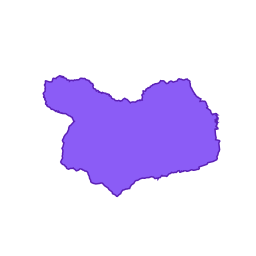 outline of Moroeni, Dâmbovita, Romania, rotated 292°
{"feature_id": "2599482B64065546523837", "entity_name": "Moroeni", "entity_type": "district", "adm_level": 2, "iso_a3": "ROU", "parent_name": "Romania", "parent_adm1": "Dâmbovita", "projection": "albers", "projection_center": [25.447, 45.318], "detail": "fine", "context": "isolated", "style": "filled", "palette": "violet", "viewbox_px": 256, "rotation_deg": 292, "n_neighbors": 0, "source": "geoboundaries", "source_scale": "gbopen_adm2", "svg_char_len": 5833}
<svg xmlns="http://www.w3.org/2000/svg" viewBox="0 0 256 256"><g transform="rotate(292 128 128)"><path d="M173.0,202.0L172.3,201.8L172.0,201.3L172.7,200.4L173.1,199.4L175.0,198.0L175.5,196.7L175.5,195.9L176.0,194.6L175.9,193.9L176.3,193.8L176.4,193.6L176.7,194.0L177.7,193.9L178.8,192.3L179.9,191.7L181.3,190.0L181.6,189.2L181.0,187.7L181.0,187.2L179.7,184.8L182.3,184.7L182.3,182.9L182.8,181.6L182.5,181.1L182.6,180.6L183.1,180.0L183.2,179.1L184.3,177.8L184.2,177.1L184.8,176.9L186.2,174.8L186.5,174.6L186.5,174.3L188.8,171.9L188.8,171.5L189.8,170.4L191.4,169.5L192.2,169.3L193.1,168.3L194.5,167.9L194.9,166.8L194.9,165.9L195.6,164.4L195.2,164.2L194.7,163.0L193.9,162.5L193.4,161.8L193.1,160.4L193.2,159.0L192.8,158.3L192.8,156.9L191.6,156.1L189.9,155.9L188.4,153.8L187.4,152.7L187.7,151.3L187.7,150.4L187.4,149.9L185.9,148.7L184.7,148.5L183.7,147.3L183.6,146.7L184.1,146.1L184.4,145.0L185.0,143.8L185.0,143.1L184.1,141.0L184.1,140.5L183.1,140.4L181.2,139.7L179.9,138.1L179.2,136.6L178.3,136.0L177.5,134.8L176.5,134.5L174.9,133.1L174.0,133.3L173.3,132.4L173.0,131.7L172.6,131.9L172.1,131.2L171.4,130.8L171.0,130.3L170.1,130.2L169.4,130.5L168.7,130.3L168.3,129.5L168.2,128.4L168.0,128.1L165.9,129.2L165.6,129.6L165.3,129.1L164.7,128.8L163.7,128.5L162.8,129.4L161.6,130.0L160.2,130.1L159.3,130.7L159.1,130.1L158.5,129.6L158.5,128.6L157.9,128.7L157.3,126.9L154.7,125.1L154.0,122.7L152.7,120.9L152.2,120.7L154.1,116.6L154.0,115.6L154.3,113.8L152.6,112.6L150.9,112.1L150.7,111.3L149.9,110.8L150.2,109.7L150.1,108.9L149.7,108.6L149.3,108.0L148.7,105.9L149.6,104.3L149.3,103.2L149.6,101.5L150.9,100.5L151.2,99.5L150.8,99.0L150.9,98.3L152.0,98.1L152.0,97.2L151.7,96.6L151.9,96.2L151.4,95.4L151.6,94.6L151.9,94.4L151.4,92.7L151.4,91.7L150.6,90.8L151.1,90.6L150.6,90.2L150.6,88.4L150.9,88.1L150.7,87.8L150.3,87.7L150.3,87.3L150.7,87.3L151.3,86.7L151.5,86.0L151.0,85.2L150.5,84.8L151.7,83.6L151.9,83.0L151.7,81.9L151.9,81.0L153.3,80.1L153.3,79.9L154.1,79.7L154.5,79.9L155.8,78.6L155.6,78.4L155.7,78.2L155.8,77.5L155.6,77.2L155.8,76.9L155.8,76.6L156.3,76.3L156.1,76.0L156.5,75.2L157.0,74.9L157.0,74.1L157.4,74.0L157.2,72.7L157.3,72.4L157.0,70.9L157.6,70.0L157.7,69.2L156.9,67.6L156.9,66.8L156.2,65.2L154.4,64.4L153.7,63.3L153.7,62.7L152.6,61.2L152.5,60.3L151.3,59.5L151.3,58.3L150.5,56.7L149.7,56.3L150.5,56.0L149.8,55.9L150.3,55.4L150.2,54.7L149.6,53.7L150.8,52.1L150.5,48.2L151.0,48.9L151.4,48.9L151.2,48.3L151.1,46.9L150.9,46.4L151.0,45.9L150.9,45.1L147.9,42.9L146.8,42.7L146.8,42.2L146.3,41.1L146.2,40.3L145.8,39.9L142.6,40.2L142.3,40.0L141.3,38.1L141.0,34.2L140.8,33.9L140.5,33.8L139.2,34.5L137.4,34.8L137.1,34.4L136.5,34.5L135.9,35.3L134.0,36.5L133.3,36.3L132.8,36.8L132.0,36.9L131.1,37.4L128.4,36.4L127.3,37.2L126.9,37.9L126.2,38.2L125.4,38.1L125.2,38.6L124.8,38.6L124.9,39.3L124.2,39.8L124.0,40.2L123.4,40.1L122.5,41.1L122.3,41.6L121.7,42.4L120.5,42.2L119.4,42.6L119.2,42.9L119.2,43.8L119.0,44.3L118.4,44.3L118.0,45.0L117.8,46.0L117.9,46.7L117.7,48.1L116.6,49.9L117.1,51.0L116.9,52.9L116.4,54.6L117.0,54.7L117.3,55.3L117.1,55.7L116.5,56.2L116.5,57.6L116.6,57.9L117.3,57.7L116.6,59.3L116.8,60.6L117.1,60.8L116.9,61.6L117.2,61.9L117.1,62.4L118.0,64.8L117.2,68.7L117.4,69.8L117.1,70.5L116.9,72.5L116.0,72.9L115.5,73.7L114.1,75.0L114.1,75.7L108.9,73.8L107.9,73.0L105.9,73.0L104.4,73.5L100.8,73.4L98.0,72.3L95.7,71.9L94.5,72.1L92.7,71.8L91.8,71.9L90.8,72.9L90.4,73.5L90.3,74.1L86.1,74.7L84.4,74.4L83.3,75.7L81.8,76.5L80.0,76.8L79.1,77.3L77.2,77.5L76.1,78.4L75.0,78.7L74.0,78.4L71.3,78.3L70.5,79.2L70.3,80.0L69.8,80.6L69.8,83.1L68.9,84.3L68.9,85.2L68.0,85.9L67.6,86.5L67.5,88.3L69.1,89.9L69.6,91.5L70.4,92.2L69.9,93.1L69.8,94.1L69.0,95.8L69.0,96.3L70.5,98.0L72.0,98.7L72.3,99.1L72.4,100.1L72.3,100.7L72.5,101.0L72.1,101.9L72.3,102.8L71.9,104.2L72.2,104.9L72.3,105.8L71.8,107.3L70.2,108.4L68.7,110.2L66.8,111.3L65.7,112.8L64.3,113.6L63.8,114.4L63.7,116.6L64.1,119.1L66.1,122.7L66.8,123.4L67.2,124.5L67.2,125.2L66.6,126.1L65.7,128.0L64.9,132.0L63.8,133.4L62.9,136.7L62.3,137.8L61.6,138.0L61.3,138.4L61.3,140.6L60.9,142.2L60.4,142.9L60.6,143.7L63.3,144.9L64.3,145.8L66.2,145.8L68.3,146.3L69.1,147.4L70.7,149.0L71.0,149.9L72.1,151.3L72.5,152.2L74.0,152.1L76.5,152.5L78.8,154.1L81.2,154.4L82.3,155.1L83.1,156.6L85.4,158.3L86.9,160.1L87.7,162.4L89.0,163.9L89.8,166.0L91.6,167.8L92.0,170.1L91.3,171.5L91.2,172.0L92.2,173.3L92.2,174.0L92.6,174.3L91.8,174.9L92.9,175.0L93.6,175.4L94.1,176.4L96.7,177.1L96.8,177.4L96.5,177.9L96.4,178.2L96.9,179.0L97.7,181.4L97.6,182.0L97.8,182.2L100.6,183.1L101.1,183.5L101.6,184.3L102.4,184.8L103.1,184.9L103.4,186.6L104.5,188.2L104.9,189.4L107.1,190.5L107.6,191.4L106.4,192.5L106.5,193.0L107.1,193.4L107.3,193.8L108.0,193.7L108.0,194.6L108.5,195.5L109.2,195.7L109.4,196.4L109.9,197.2L110.1,197.9L109.9,198.3L109.9,198.9L111.0,200.5L113.0,202.4L113.3,203.5L113.2,204.1L113.5,204.9L114.5,206.5L115.5,207.6L116.0,208.7L116.9,209.3L117.5,209.1L117.8,208.6L118.5,208.5L118.8,208.8L123.9,214.8L125.8,215.1L128.8,219.4L131.8,222.1L133.2,222.2L134.8,221.1L136.6,221.4L139.2,220.9L140.7,221.2L142.3,221.0L147.9,217.9L148.5,217.8L150.2,218.0L150.5,217.7L150.6,217.3L150.0,213.6L151.9,213.4L154.2,211.8L159.5,209.1L159.8,209.4L160.1,210.7L161.0,211.7L161.8,211.0L161.7,210.3L162.5,209.5L162.3,209.2L162.5,208.9L163.2,209.0L163.1,209.4L163.8,209.0L164.4,209.2L165.0,208.7L165.3,209.0L165.4,208.7L165.8,208.5L166.3,208.8L166.1,208.4L166.3,208.3L168.0,208.2L167.8,207.8L167.9,207.3L166.4,207.2L166.5,206.8L166.0,206.9L166.5,206.5L167.6,206.4L167.9,206.0L168.0,206.3L168.3,206.5L169.1,206.4L169.3,206.8L169.2,207.1L169.6,207.6L169.8,207.0L170.4,207.1L170.1,207.7L170.4,208.0L170.8,207.5L171.0,206.1L171.1,206.4L171.0,206.8L171.4,207.2L172.2,205.7L173.0,205.7L173.0,205.4L173.2,205.6L173.4,205.3L173.7,205.9L173.9,204.9L174.4,204.7L174.1,203.6L173.0,202.4L173.0,202.0Z" fill="#8b5cf6" stroke="#5b21b6" stroke-width="1.5"/></g></svg>